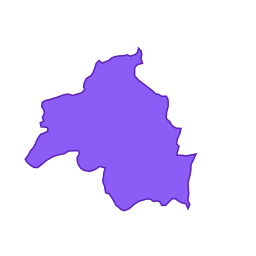 the district of Santo Antônio de Posse, São Paulo, Brazil, rotated 205°
{"feature_id": "56859067B90854909579192", "entity_name": "Santo Antônio de Posse", "entity_type": "district", "adm_level": 2, "iso_a3": "BRA", "parent_name": "Brazil", "parent_adm1": "São Paulo", "projection": "robinson", "projection_center": [-46.947, -22.613], "detail": "fine", "context": "isolated", "style": "filled", "palette": "violet", "viewbox_px": 256, "rotation_deg": 205, "n_neighbors": 0, "source": "geoboundaries", "source_scale": "gbopen_adm2", "svg_char_len": 1852}
<svg xmlns="http://www.w3.org/2000/svg" viewBox="0 0 256 256"><g transform="rotate(205 128 128)"><path d="M209.7,95.4L207.2,92.3L203.4,93.9L200.4,94.1L199.5,90.9L202.0,87.9L204.6,85.3L205.5,79.2L205.2,74.9L205.5,70.4L206.7,66.1L206.8,61.6L207.9,56.2L204.9,54.3L201.0,53.1L196.9,52.5L193.2,53.9L191.0,58.2L188.0,64.5L183.8,70.5L181.0,73.1L178.6,75.0L174.8,77.8L172.0,82.1L163.5,86.5L161.1,84.3L161.6,79.7L159.6,76.2L157.5,73.8L153.7,71.5L150.0,71.0L144.2,72.6L140.5,76.2L137.3,81.3L131.8,82.2L131.0,77.3L129.7,73.8L128.9,70.6L127.3,67.7L125.0,65.8L120.9,59.9L117.0,60.3L113.7,58.3L109.8,55.7L106.2,52.9L103.0,52.2L100.0,51.2L97.0,51.3L93.7,54.1L92.1,56.9L90.0,61.8L86.9,66.5L83.9,69.0L81.0,71.7L77.1,72.9L73.8,72.2L71.3,74.0L68.3,74.8L64.6,72.1L61.2,73.8L59.7,78.2L58.1,82.5L55.4,83.9L51.0,83.1L47.1,83.0L43.7,83.9L39.5,80.2L39.7,84.8L43.2,87.8L45.2,94.1L47.6,98.4L50.3,103.4L51.3,108.1L52.3,113.2L53.9,118.1L55.4,121.0L55.4,124.3L55.3,127.7L55.4,133.2L60.3,129.6L63.5,127.3L67.5,126.1L72.5,124.0L74.1,132.9L77.5,134.4L78.6,139.1L78.8,145.6L79.8,150.0L84.2,148.2L88.9,148.7L92.5,151.2L97.4,152.8L99.7,158.7L100.8,164.6L102.1,167.6L103.8,170.7L106.6,173.0L111.0,171.0L114.3,171.4L117.3,170.7L123.5,172.6L126.3,173.1L129.6,173.9L133.0,174.5L139.0,175.9L144.1,178.2L146.1,182.4L147.4,185.8L146.2,189.5L142.2,192.8L145.6,196.5L146.5,200.2L148.5,203.1L152.2,204.8L151.3,200.4L152.9,197.2L156.3,194.0L159.6,194.0L161.9,192.0L166.4,189.6L169.7,187.3L172.2,185.0L173.9,181.1L176.0,179.0L178.9,175.9L182.9,176.9L184.1,172.8L183.4,168.3L183.1,163.3L183.7,159.7L186.7,155.3L186.7,150.5L185.8,146.6L183.4,144.9L184.9,140.2L189.0,136.7L191.8,134.1L197.0,133.3L201.1,130.1L205.0,126.1L208.4,123.1L211.1,120.5L214.4,118.1L216.5,115.1L215.4,111.1L211.4,108.3L209.9,105.5L210.1,101.3L207.4,98.9L209.7,95.4Z" fill="#8b5cf6" stroke="#5b21b6" stroke-width="1.5"/></g></svg>